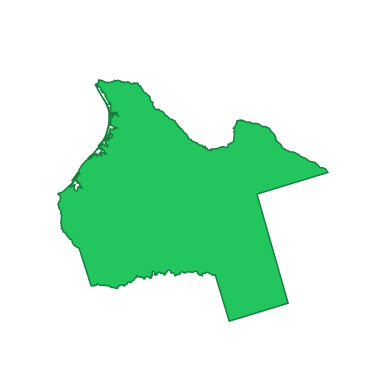 an SVG outline of Texas, rotated 163°
{"feature_id": "USA-3536", "entity_name": "Texas", "entity_type": "State", "adm_level": 1, "iso_a3": "USA", "parent_name": "United States of America", "parent_adm1": "", "projection": "natural_earth1", "projection_center": [-98.169, 31.172], "detail": "fine", "context": "isolated", "style": "filled", "palette": "green", "viewbox_px": 384, "rotation_deg": 163, "n_neighbors": 0, "source": "natural_earth", "source_scale": "10m", "svg_char_len": 6150}
<svg xmlns="http://www.w3.org/2000/svg" viewBox="0 0 384 384"><g transform="rotate(163 192 192)"><path d="M60.2,177.2L57.6,175.2L56.4,171.0L130.5,171.0L132.6,57.6L194.2,57.6L194.0,106.1L196.4,106.3L200.5,110.6L202.1,110.9L203.2,110.2L205.9,111.0L206.5,109.2L207.0,108.9L207.8,109.9L209.0,110.2L210.5,112.4L210.4,114.3L210.8,115.0L214.9,115.1L220.1,117.1L222.9,116.6L224.8,118.7L226.3,118.6L227.8,117.0L230.6,117.3L232.7,116.8L233.0,119.9L235.8,120.7L235.7,123.3L236.4,123.8L238.1,123.9L242.2,120.7L243.0,121.1L243.3,122.9L245.7,123.3L246.4,124.9L248.0,124.8L249.1,123.6L249.9,124.2L251.0,122.8L251.7,123.9L251.2,126.0L252.4,127.5L253.4,127.1L254.2,125.0L253.8,124.1L255.0,124.1L255.6,122.1L256.7,121.6L257.6,122.0L258.4,123.8L260.5,124.4L261.6,124.2L262.5,122.7L263.5,123.0L263.9,124.6L265.2,125.1L265.7,126.0L267.4,126.0L269.1,128.1L269.7,127.7L269.9,126.5L271.7,126.5L272.8,124.9L275.0,124.5L277.1,123.2L278.7,124.3L280.2,124.2L280.5,123.2L283.5,122.5L284.0,121.8L285.0,122.4L285.0,123.2L286.1,123.7L289.0,123.9L289.5,123.2L290.8,123.0L291.0,121.9L291.7,121.5L295.6,123.9L297.0,124.2L298.9,126.7L301.3,127.3L302.3,128.3L307.3,129.5L308.0,130.9L309.0,131.0L308.9,131.6L310.1,131.7L310.7,130.8L312.0,131.3L312.9,130.8L315.9,131.8L316.4,171.1L319.3,174.0L320.7,176.3L321.2,178.4L320.9,181.3L323.1,183.2L322.7,184.3L324.6,186.8L324.2,188.2L325.2,189.3L325.8,191.2L326.9,191.4L326.7,193.8L327.6,195.2L326.3,196.0L327.1,197.7L326.4,198.8L326.4,200.8L324.2,206.3L323.3,207.2L323.9,209.5L322.8,212.1L323.8,214.8L323.7,219.5L322.0,221.8L320.9,221.8L319.5,224.9L319.3,227.1L320.5,228.5L320.8,229.2L320.5,229.7L315.8,229.8L304.4,235.3L302.2,237.5L301.6,237.1L303.4,235.0L305.9,233.5L307.5,233.4L307.9,232.4L307.4,232.9L306.3,232.2L301.8,233.4L301.7,232.9L302.2,233.0L303.1,231.3L303.5,229.1L302.7,227.0L301.2,227.0L299.8,229.9L298.8,230.2L298.5,229.3L296.1,227.8L295.8,228.7L297.5,229.7L296.9,230.5L297.5,231.4L296.7,233.0L299.1,234.2L297.9,234.9L298.4,236.1L298.9,236.1L298.9,235.6L299.5,236.6L301.0,237.3L299.5,237.2L299.1,238.8L298.3,238.7L294.9,242.3L293.7,241.5L294.2,242.3L294.0,245.6L289.7,249.6L284.8,252.7L283.0,253.4L280.3,253.5L277.6,254.6L277.8,256.2L282.4,253.9L279.9,255.7L276.5,256.9L272.0,259.6L273.2,258.4L276.9,256.5L276.8,255.7L276.0,255.5L271.8,257.1L273.7,256.2L272.1,256.1L272.6,254.5L271.0,254.9L271.1,254.6L269.4,255.9L268.4,254.6L268.6,253.5L267.9,253.5L267.3,252.7L267.7,254.1L268.3,254.0L267.9,255.7L268.9,256.2L267.7,256.9L266.3,257.4L267.3,256.9L267.2,255.9L266.5,256.5L266.2,255.7L265.0,255.6L264.5,254.0L263.0,253.5L264.0,256.1L263.9,257.4L265.7,258.1L266.3,259.1L265.0,259.7L265.2,260.1L266.7,259.5L268.1,260.4L268.2,261.0L263.0,263.9L262.0,263.5L261.8,261.9L261.1,261.6L260.1,259.9L259.6,260.4L260.6,261.6L259.0,261.5L260.3,263.6L259.9,264.9L260.3,265.9L258.3,268.2L256.9,268.8L257.6,267.0L257.3,266.6L257.6,265.3L256.6,266.5L256.9,267.1L256.3,268.6L255.4,268.4L255.5,266.7L253.5,268.1L252.2,268.0L252.5,268.6L251.2,270.1L252.6,270.8L252.7,271.8L253.6,270.2L255.1,269.0L255.3,269.4L255.2,271.0L252.0,276.1L250.9,276.4L251.4,276.2L250.2,275.0L248.4,275.5L248.6,275.0L246.1,275.5L244.9,275.2L245.6,276.1L247.6,275.9L248.0,278.1L250.4,279.7L247.2,288.8L245.2,290.1L244.5,289.9L245.5,289.2L245.2,288.8L246.2,288.5L245.6,288.4L245.7,287.1L242.7,289.6L240.8,286.4L239.6,285.4L241.4,288.6L241.1,289.2L241.9,289.4L241.2,290.0L239.6,289.7L244.1,291.3L246.9,290.6L246.3,292.8L246.5,293.9L245.4,294.7L245.8,296.7L244.1,297.4L244.4,299.3L245.8,300.3L245.5,300.8L244.4,299.7L244.1,301.3L245.5,302.5L247.1,309.8L246.8,309.2L246.0,309.9L246.7,310.2L246.5,311.8L248.1,313.0L248.0,313.9L248.8,313.8L248.3,315.2L249.3,315.8L249.0,316.3L249.4,319.3L251.5,320.1L251.3,320.8L250.7,320.7L250.6,322.5L251.0,322.8L251.9,322.2L252.2,320.7L252.7,320.6L253.0,323.1L250.3,323.4L249.4,324.4L249.0,324.1L248.5,324.6L248.7,326.2L248.2,326.4L245.0,324.6L242.1,321.7L239.8,321.4L239.1,320.8L234.7,320.8L233.6,321.4L233.2,320.7L230.3,320.5L228.6,319.6L227.8,318.4L227.0,318.3L227.2,317.5L226.0,317.0L225.4,316.7L225.0,317.2L222.8,315.8L221.2,316.3L218.2,313.1L216.2,313.2L215.5,312.5L215.1,312.9L214.8,312.4L213.8,312.5L211.8,311.8L212.1,310.2L211.6,309.2L210.5,308.8L208.8,301.6L205.9,298.2L205.7,296.9L204.4,295.8L205.0,292.0L204.6,290.6L203.1,289.4L204.2,286.4L204.0,284.8L203.4,284.6L203.3,282.4L201.5,280.9L200.6,281.2L200.2,280.6L199.4,280.6L198.6,279.0L196.7,277.6L195.5,275.4L195.7,274.3L194.7,273.3L194.7,272.6L193.4,271.8L192.0,268.5L189.3,266.9L188.9,265.8L187.5,265.0L187.4,263.6L185.9,259.9L186.5,259.1L185.3,258.4L184.9,256.8L184.0,256.2L183.0,254.1L182.2,251.0L181.5,250.7L181.5,250.0L180.3,248.6L179.4,243.8L177.5,242.3L176.8,240.2L172.4,237.1L171.8,235.1L168.2,233.3L167.8,231.0L166.1,231.6L166.4,230.3L165.2,229.9L164.3,227.1L163.4,227.3L162.9,226.7L161.4,227.3L161.7,226.5L161.3,226.0L160.9,226.9L159.5,227.1L155.9,226.2L149.6,226.5L145.3,224.2L144.2,225.1L143.5,227.1L141.2,226.9L140.6,227.6L140.1,227.3L137.6,228.1L134.4,235.3L134.4,237.5L133.5,238.0L133.1,240.1L133.9,240.9L131.2,242.3L130.5,243.8L128.8,245.3L128.4,246.8L124.7,246.7L124.5,245.9L123.8,245.7L122.9,246.0L119.5,242.8L117.0,242.3L115.0,240.9L114.7,239.8L111.7,239.3L109.1,238.2L104.8,233.4L103.3,233.5L101.1,231.9L99.3,229.9L98.6,226.8L96.4,222.9L96.0,220.1L96.4,216.6L93.0,211.1L92.9,208.9L91.4,206.1L90.4,205.8L89.9,204.4L88.3,203.6L85.9,201.2L85.0,201.3L82.6,200.0L78.7,196.2L78.0,194.4L74.4,191.7L70.5,186.9L65.5,184.2L62.5,178.1L61.1,177.1L60.2,177.2ZM252.6,278.5L254.4,276.0L254.9,276.1L252.1,280.7L250.4,284.7L248.5,291.3L247.5,291.4L248.1,288.4L250.7,281.5L250.5,280.6L251.5,281.2L252.6,278.5ZM251.7,315.5L252.4,319.8L250.4,310.6L248.3,304.2L248.4,303.0L247.5,301.5L247.4,294.0L247.7,292.3L248.0,292.0L248.0,298.9L248.7,303.3L251.7,315.5ZM267.7,262.0L268.2,262.2L267.9,263.7L262.0,267.3L259.2,270.2L259.9,268.6L259.8,267.2L261.8,266.6L265.9,263.5L267.4,263.4L267.7,262.0ZM300.7,237.6L303.0,238.3L294.9,244.5L295.6,243.3L300.8,238.7L300.7,237.6ZM258.3,268.7L259.0,268.9L258.9,270.2L255.1,275.7L255.2,274.5L256.8,272.1L256.4,271.7L258.3,268.7ZM268.9,261.7L270.1,260.4L271.7,259.6L270.7,260.7L268.9,261.7Z" fill="#22c55e" stroke="#15803d" stroke-width="1.5"/></g></svg>